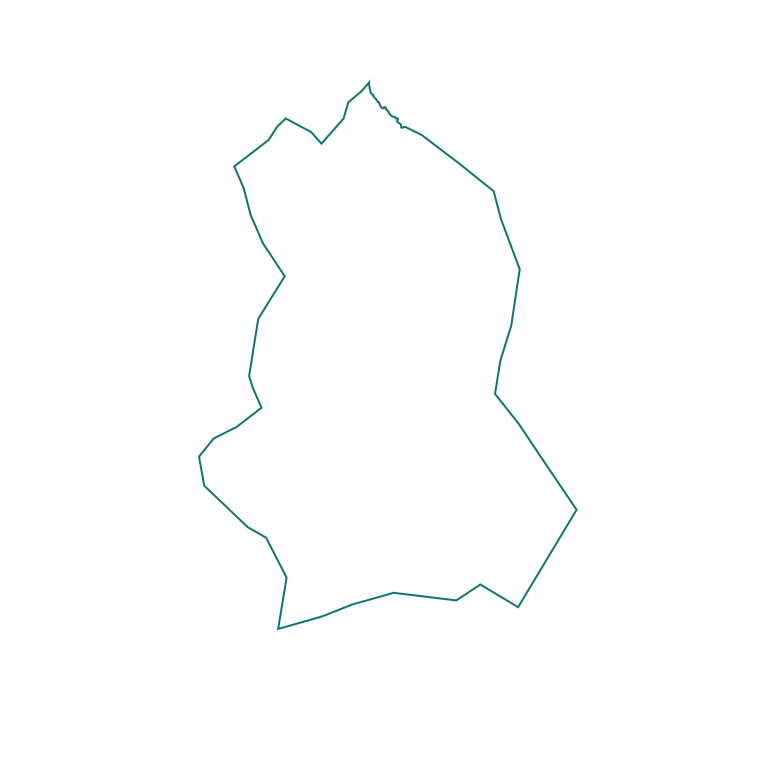 Batcengel, Arhangay, Mongolia (Equal Earth projection), rotated 115°
{"feature_id": "93677404B51676367507043", "entity_name": "Batcengel", "entity_type": "district", "adm_level": 2, "iso_a3": "MNG", "parent_name": "Mongolia", "parent_adm1": "Arhangay", "projection": "equal_earth", "projection_center": [101.548, 47.88], "detail": "fine", "context": "isolated", "style": "outline", "palette": "teal", "viewbox_px": 768, "rotation_deg": 115, "n_neighbors": 0, "source": "geoboundaries", "source_scale": "gbopen_adm2", "svg_char_len": 1918}
<svg xmlns="http://www.w3.org/2000/svg" viewBox="0 0 768 768"><g transform="rotate(115 384 384)"><path d="M529.6,168.1L503.3,165.4L416.6,156.3L381.9,214.2L381.8,214.3L363.4,244.6L346.0,279.2L313.8,288.4L277.5,293.3L222.6,309.5L185.1,347.7L163.0,366.0L162.9,366.2L151.8,411.6L151.8,411.9L142.4,455.1L142.0,473.3L142.6,474.6L143.8,475.4L144.1,475.9L144.4,476.6L144.0,476.9L142.7,477.6L141.4,478.9L141.1,480.7L140.7,482.9L140.3,483.3L139.7,483.3L139.0,483.4L138.7,483.2L138.1,483.3L137.8,483.4L137.7,483.7L137.6,484.2L137.8,484.4L138.3,485.6L138.0,486.0L137.7,486.3L137.5,486.7L137.6,487.3L137.6,488.1L138.0,488.9L137.9,490.9L137.5,491.7L137.3,491.9L136.9,492.6L136.9,493.1L136.7,493.7L136.5,494.1L135.5,494.6L135.2,495.8L134.4,496.6L134.3,497.9L134.0,498.5L133.6,499.0L132.9,499.0L132.9,499.5L133.0,500.1L132.8,500.6L134.6,501.6L134.7,502.8L133.9,503.9L133.4,505.0L130.8,507.7L130.9,508.2L131.0,508.7L130.8,509.2L130.6,509.5L130.4,509.7L130.3,509.8L130.1,510.1L130.0,510.3L129.8,510.7L129.8,510.8L129.6,511.0L129.5,511.5L129.3,511.8L129.0,512.0L128.9,512.2L128.6,512.6L128.5,513.0L128.4,513.4L128.4,513.6L128.3,513.9L128.2,514.3L128.1,514.6L127.9,514.9L127.6,515.2L127.3,515.7L127.0,515.7L126.6,515.7L126.5,516.2L126.5,517.3L126.2,518.2L125.7,519.2L125.2,519.7L124.3,520.1L123.4,520.7L122.9,521.3L122.1,522.0L121.4,522.3L120.7,522.7L120.3,523.0L120.1,523.1L119.6,523.7L119.2,524.1L118.3,524.2L118.1,524.8L117.3,525.0L128.5,528.2L143.9,535.4L160.5,532.8L192.6,542.3L186.5,556.5L184.9,585.3L195.9,589.6L211.6,591.7L250.1,611.7L265.7,594.0L286.9,576.5L287.2,576.2L307.9,552.9L315.1,541.0L328.3,519.5L378.2,525.5L433.8,509.6L442.8,501.4L457.3,485.0L484.8,499.2L505.3,515.3L528.0,521.0L552.2,503.9L571.4,446.8L573.1,426.1L573.2,425.8L600.6,390.5L650.7,376.4L621.0,342.1L620.7,341.8L599.4,321.6L598.2,320.7L584.8,305.1L569.2,287.1L549.6,227.0L525.0,212.0L529.6,168.1Z" fill="none" stroke="#0f766e" stroke-width="2"/></g></svg>